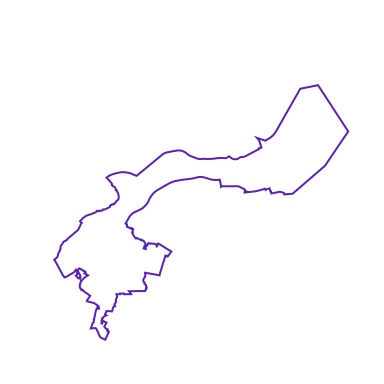 Rotterdam, Zuid-Holland, Netherlands, rotated 140°
{"feature_id": "6326949B29713994538031", "entity_name": "Rotterdam", "entity_type": "district", "adm_level": 2, "iso_a3": "NLD", "parent_name": "Netherlands", "parent_adm1": "Zuid-Holland", "projection": "orthographic", "projection_center": [4.431, 51.923], "detail": "fine", "context": "isolated", "style": "outline", "palette": "violet", "viewbox_px": 384, "rotation_deg": 140, "n_neighbors": 0, "source": "geoboundaries", "source_scale": "gbopen_adm2", "svg_char_len": 5989}
<svg xmlns="http://www.w3.org/2000/svg" viewBox="0 0 384 384"><g transform="rotate(140 192 192)"><path d="M331.1,232.1L331.1,231.9L331.6,231.7L332.4,231.5L333.9,230.9L334.7,230.3L335.4,229.7L337.2,228.7L338.8,228.6L340.9,228.8L341.0,228.7L340.9,228.6L341.7,224.3L343.1,217.7L344.1,212.6L344.5,211.6L344.4,210.0L344.6,208.5L342.9,207.9L341.1,207.5L334.0,206.4L333.5,206.5L331.0,207.1L331.7,203.9L332.0,203.7L331.9,203.5L331.9,203.2L332.9,202.8L333.8,202.5L334.2,202.5L334.8,202.6L334.6,199.0L333.4,199.0L333.5,197.6L333.4,197.8L333.4,197.6L331.5,199.0L330.4,204.1L330.1,204.6L330.1,205.1L330.3,205.2L329.5,205.7L328.4,206.0L328.1,206.0L328.0,205.9L327.5,206.0L326.4,203.7L326.5,203.4L326.1,202.4L326.1,201.7L325.8,201.3L325.6,201.4L325.1,200.1L325.0,199.6L325.0,199.3L325.2,199.0L325.5,199.0L325.5,198.6L326.7,198.7L325.2,195.0L325.9,195.1L326.9,195.4L328.1,195.4L331.8,195.4L333.2,195.1L334.6,194.6L334.8,194.9L337.1,193.3L337.1,193.0L338.3,192.3L338.8,191.7L339.2,190.9L339.3,190.7L339.2,190.3L339.5,190.0L338.9,187.4L339.0,187.4L338.7,187.1L339.0,186.8L336.7,177.9L341.6,176.6L342.7,175.8L338.4,169.8L337.1,165.1L337.8,164.9L337.4,163.3L338.5,162.4L339.7,164.1L340.3,163.8L342.7,162.3L348.2,157.9L348.3,158.0L348.5,157.9L348.4,157.8L348.7,157.5L349.0,157.1L351.3,155.4L351.6,155.7L352.5,155.3L354.7,154.0L356.0,153.1L357.2,152.5L353.5,149.9L353.2,149.4L353.2,148.8L353.4,148.5L353.4,148.0L354.2,144.8L354.6,143.9L355.6,139.7L355.5,139.2L353.4,134.6L345.7,138.2L346.1,139.0L345.6,139.2L346.1,140.3L344.9,141.0L345.5,141.9L345.8,142.9L345.8,143.9L345.7,145.2L341.4,146.9L343.1,150.6L343.3,150.4L343.5,150.6L345.0,149.2L345.3,149.5L345.6,149.2L345.8,149.6L343.3,151.7L343.5,151.9L343.2,152.1L342.3,152.8L342.1,152.5L341.4,152.6L339.8,153.3L339.2,153.1L337.9,152.8L338.0,152.9L337.8,153.0L337.5,152.7L337.0,153.0L336.9,153.3L337.1,153.7L336.9,153.9L337.0,154.1L336.7,154.2L336.7,154.5L335.4,155.0L334.6,155.5L334.6,155.4L334.5,155.2L333.4,155.2L331.3,153.3L331.1,153.0L330.4,152.4L330.2,152.0L329.1,152.4L327.9,153.4L326.3,154.4L325.6,154.4L324.5,153.9L324.3,153.9L324.0,154.1L324.0,155.4L323.8,155.7L323.2,156.0L322.2,156.1L321.5,156.5L320.7,156.7L320.4,157.0L320.4,157.6L320.1,157.9L318.1,159.3L316.9,159.6L316.2,160.7L315.6,162.2L313.3,160.3L312.9,160.0L312.5,160.5L311.0,159.3L309.3,157.8L309.7,157.3L304.3,152.8L304.0,154.6L304.0,156.4L299.7,152.9L299.3,152.7L298.0,151.7L297.8,151.4L290.9,145.8L291.1,146.1L290.3,147.0L289.7,147.4L289.3,147.1L288.4,147.6L288.0,148.2L288.4,148.5L287.0,150.4L287.2,151.2L287.5,152.2L286.5,153.0L286.7,154.2L286.7,154.7L286.4,155.3L285.8,156.0L285.0,156.4L281.6,157.7L280.1,160.0L280.0,159.9L279.7,160.2L272.1,151.1L270.5,149.0L269.8,149.5L266.8,151.6L265.7,152.2L259.2,156.6L258.6,156.8L253.2,160.4L252.3,158.4L251.4,158.7L251.3,158.3L246.1,159.7L250.9,174.2L251.1,174.1L253.6,172.9L254.0,173.0L253.1,175.2L253.5,175.4L253.9,176.3L255.3,177.6L256.6,179.1L256.8,179.3L257.3,179.3L257.5,179.5L257.5,179.9L258.4,180.9L259.3,180.4L260.7,179.8L261.1,180.3L261.8,180.1L263.0,179.4L263.5,179.0L263.7,178.6L264.1,178.0L264.7,179.0L265.3,179.9L264.6,180.2L263.0,181.3L261.7,181.4L261.2,181.7L260.9,182.1L260.8,182.6L260.8,183.2L260.5,185.0L260.5,185.7L260.7,186.3L261.2,187.1L261.3,187.5L261.6,187.3L264.0,192.5L264.8,192.4L264.8,192.7L264.9,192.8L264.9,194.9L264.3,198.2L264.2,198.2L264.0,199.3L263.2,199.3L263.1,199.8L262.8,199.8L262.6,200.3L260.9,201.3L261.2,202.6L261.4,203.1L262.1,202.7L263.1,204.9L263.0,205.2L263.2,205.5L264.2,207.0L262.6,209.1L263.2,210.5L255.9,213.2L254.6,213.5L252.4,213.8L250.6,213.7L248.8,213.4L242.5,211.7L240.3,211.4L238.5,211.4L236.1,211.6L233.8,212.0L231.8,212.7L228.9,214.1L226.9,214.8L224.7,215.4L222.6,215.8L220.4,215.9L218.2,215.8L209.1,214.3L205.6,213.6L202.4,212.9L200.3,212.2L197.3,210.9L192.7,208.3L183.9,202.6L181.8,201.4L177.6,199.3L175.8,198.1L174.8,197.1L173.8,196.0L171.3,192.4L169.8,189.9L168.9,188.8L168.0,187.7L165.8,185.7L164.1,184.4L162.8,183.6L166.2,177.4L166.3,177.3L165.4,177.2L152.7,166.5L149.9,160.1L151.2,158.4L152.1,157.8L151.8,157.4L150.8,158.0L150.1,157.7L149.8,157.5L150.3,156.7L144.5,152.7L141.4,150.9L136.4,148.6L134.1,147.7L134.3,146.2L133.7,146.2L132.8,146.0L130.2,144.8L131.6,142.1L131.1,141.8L132.1,139.8L124.5,135.7L122.9,133.4L122.2,132.0L122.9,130.9L116.0,126.0L73.2,126.6L33.4,138.0L26.8,192.8L42.7,201.5L88.2,184.6L91.6,183.6L93.8,183.3L97.0,183.3L99.4,183.6L102.9,184.3L107.4,191.6L107.3,188.8L109.3,183.7L110.3,181.4L112.8,182.5L113.0,181.8L128.2,185.1L129.3,185.5L130.4,186.1L132.4,187.5L135.5,188.0L136.3,188.3L137.8,189.2L138.6,190.0L139.5,191.3L139.9,192.1L140.2,193.1L140.3,194.1L140.5,195.4L143.9,196.0L144.6,196.3L146.4,198.2L149.1,200.4L150.9,201.7L154.9,204.2L159.7,208.0L160.9,209.2L162.4,210.5L163.8,211.4L164.7,212.1L165.7,213.2L166.8,214.7L170.2,220.9L170.9,222.9L171.6,226.2L171.9,227.3L172.8,229.2L173.4,230.2L174.6,231.6L175.7,232.6L176.8,233.4L185.8,238.5L187.5,239.2L189.4,239.6L190.9,239.7L224.1,240.0L227.0,245.6L227.7,246.8L228.6,247.9L230.5,250.0L232.6,252.0L233.8,252.8L236.2,254.2L240.1,256.1L243.6,257.4L246.0,257.8L248.2,258.0L248.1,254.5L248.0,254.4L248.0,249.7L248.5,249.1L248.9,248.8L248.8,248.7L248.9,247.1L248.2,246.2L248.1,245.8L248.1,245.3L248.6,242.1L249.1,242.1L248.8,241.3L249.4,238.7L250.6,236.3L251.6,234.9L252.8,233.9L253.9,233.5L256.0,233.6L257.4,233.1L259.2,233.1L259.3,232.8L259.6,232.9L259.5,233.1L260.6,233.3L261.2,233.6L261.2,233.9L262.0,233.9L262.0,234.0L262.5,234.2L263.7,233.9L263.9,234.0L264.3,233.4L265.5,233.5L270.0,234.7L270.4,234.9L271.5,235.9L272.3,235.5L273.7,236.1L275.1,236.8L274.9,237.0L275.9,237.7L276.9,238.7L277.5,238.4L278.9,238.4L283.2,239.8L287.5,241.5L289.0,241.9L292.4,242.1L296.6,241.6L296.5,239.4L296.4,239.2L296.8,239.2L298.2,238.7L300.0,237.7L300.8,237.5L303.4,236.2L317.4,236.1L318.6,235.9L319.5,235.6L319.9,235.9L320.5,236.1L321.4,236.3L322.5,236.4L324.1,235.9L324.7,235.6L326.2,235.3L327.7,234.7L328.3,234.1L328.6,233.5L328.9,233.5L330.5,232.3L331.1,232.1Z" fill="none" stroke="#5b21b6" stroke-width="2"/></g></svg>